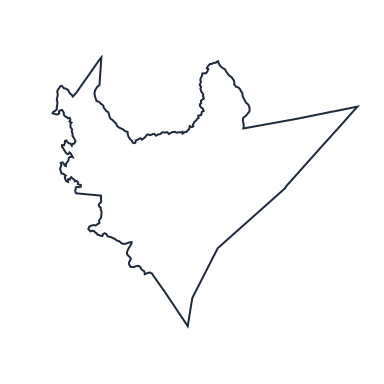 Fortaleza dos Nogueiras, Maranhão, Brazil, rotated 279°
{"feature_id": "56859067B30918863230331", "entity_name": "Fortaleza dos Nogueiras", "entity_type": "district", "adm_level": 2, "iso_a3": "BRA", "parent_name": "Brazil", "parent_adm1": "Maranhão", "projection": "albers", "projection_center": [-46.038, -6.962], "detail": "fine", "context": "isolated", "style": "outline", "palette": "slate", "viewbox_px": 384, "rotation_deg": 279, "n_neighbors": 0, "source": "geoboundaries", "source_scale": "gbopen_adm2", "svg_char_len": 4547}
<svg xmlns="http://www.w3.org/2000/svg" viewBox="0 0 384 384"><g transform="rotate(279 192 192)"><path d="M302.2,342.0L294.2,320.6L292.9,316.7L291.7,313.6L280.5,283.6L262.8,232.8L265.0,232.8L266.4,232.5L270.4,231.1L273.3,230.9L275.0,232.7L276.2,233.7L277.6,234.4L280.4,236.1L281.9,236.1L284.8,235.4L286.9,234.1L288.0,232.7L288.7,231.3L291.7,229.1L294.4,227.1L296.7,226.5L298.0,226.1L299.1,224.5L300.9,223.6L301.9,222.3L302.7,220.9L302.8,219.3L303.7,218.0L304.9,216.9L306.9,216.7L308.7,216.0L310.4,214.1L311.5,213.3L313.2,210.0L315.5,207.7L316.7,206.6L318.3,205.4L319.4,202.5L320.6,200.6L321.9,199.3L323.2,198.3L325.2,197.3L324.4,196.1L323.4,195.3L322.8,193.0L321.7,191.7L321.3,189.8L319.8,188.7L318.3,187.8L316.5,187.3L315.9,188.9L314.4,188.5L312.8,188.0L311.5,187.2L310.7,183.7L308.7,183.7L307.4,183.5L305.6,182.7L303.6,182.8L302.5,183.6L300.7,183.3L298.9,182.9L297.2,184.6L295.7,184.1L293.9,184.8L292.3,185.7L291.4,186.8L289.8,188.0L288.6,187.6L286.2,189.1L283.5,186.5L281.3,187.2L279.8,186.0L278.1,186.5L277.2,187.5L276.1,189.5L273.9,190.9L272.7,189.2L269.6,189.0L268.8,187.5L268.4,186.2L266.1,186.9L265.3,185.8L263.2,184.9L261.7,183.5L260.2,182.9L258.6,182.3L257.1,183.0L256.1,181.7L256.7,179.5L253.4,179.2L252.1,178.0L250.5,177.2L250.3,175.9L248.3,173.6L250.0,173.1L249.1,171.5L248.8,169.1L248.2,167.2L248.8,165.6L248.3,163.8L247.2,161.9L245.6,160.3L246.5,159.2L247.2,158.0L246.5,156.3L246.5,154.1L245.7,152.6L244.5,152.0L243.4,149.4L242.0,147.5L243.4,145.8L243.2,144.4L242.2,142.9L241.6,141.7L241.9,140.3L241.8,138.7L240.5,138.0L238.2,136.7L237.0,135.5L235.9,134.4L237.1,132.9L236.2,131.4L235.1,130.0L234.1,128.4L231.7,128.3L231.1,126.8L231.7,125.5L233.2,124.6L233.9,123.4L235.9,121.2L237.3,120.3L239.6,119.3L241.3,119.0L241.7,116.4L242.9,114.4L243.6,112.1L244.3,109.8L245.2,108.1L246.4,107.1L247.6,106.5L249.2,104.1L251.0,101.7L251.6,100.1L253.1,99.0L257.7,96.9L258.5,94.8L261.4,91.7L263.3,90.9L264.3,89.6L264.8,88.2L265.8,87.1L266.6,85.5L267.0,83.5L271.0,81.3L272.4,80.8L274.2,80.2L276.9,80.3L279.0,81.1L281.1,82.0L283.1,83.9L310.8,81.4L308.8,80.2L293.2,72.6L272.1,62.3L267.6,59.3L269.4,57.7L270.3,56.0L271.6,54.9L273.5,53.5L274.3,51.1L274.6,48.9L275.6,47.9L276.5,46.8L276.0,45.6L274.5,44.8L273.1,44.2L271.9,43.5L270.1,43.2L268.7,43.7L267.2,44.2L265.5,44.2L263.8,44.0L262.1,44.0L260.6,44.6L259.1,45.2L257.4,45.2L256.0,45.3L254.2,45.1L252.5,45.6L251.0,44.4L249.6,42.6L247.9,42.0L247.7,43.7L247.4,45.2L247.5,46.8L248.8,48.6L250.9,48.0L251.9,48.9L252.7,50.9L251.3,52.1L250.3,52.9L248.1,53.4L246.9,54.8L246.3,56.5L245.4,58.0L246.1,59.6L244.3,60.6L242.5,60.0L241.7,62.2L240.2,61.2L238.6,61.6L237.1,61.8L235.8,63.1L234.6,63.9L233.2,63.7L230.6,65.0L228.8,65.2L227.6,66.2L225.9,67.7L223.9,69.0L221.4,68.1L220.9,66.6L218.9,66.1L220.8,64.5L220.9,62.7L221.9,61.1L223.3,59.8L222.5,58.5L220.4,58.8L218.1,58.3L218.0,56.3L216.1,56.5L215.2,57.9L213.6,59.0L212.2,60.3L210.6,61.7L209.9,63.2L210.6,64.3L211.9,64.7L211.1,66.2L209.2,67.6L207.7,68.7L207.9,67.3L207.4,66.0L206.3,65.0L203.7,65.0L201.9,64.0L199.9,63.1L197.9,63.4L198.2,62.1L199.7,61.1L201.0,59.4L200.2,57.8L197.9,58.8L196.1,58.3L194.1,58.1L192.3,59.1L189.8,60.2L189.9,61.8L188.5,64.7L186.9,64.0L184.7,64.9L183.0,66.2L182.6,68.0L185.3,67.7L185.2,69.4L186.6,69.6L187.8,70.3L186.9,71.5L186.2,72.7L185.4,74.2L184.2,74.7L184.8,76.5L183.7,78.0L182.1,78.0L181.6,79.3L181.6,81.0L180.0,81.4L179.0,79.5L179.0,77.7L178.4,76.5L176.8,76.7L175.3,76.4L173.8,76.8L172.6,77.8L173.6,93.6L173.7,94.9L174.2,102.7L172.7,103.0L170.9,103.2L169.0,103.7L167.4,103.5L166.0,102.3L164.4,101.9L162.9,102.9L162.5,104.2L160.3,104.6L158.3,105.8L156.1,106.0L154.1,106.2L152.3,106.1L151.0,105.4L149.4,104.7L148.1,105.1L146.6,105.3L145.8,104.1L144.9,103.1L143.9,102.1L143.9,100.1L143.1,97.8L141.5,95.8L139.2,95.4L138.2,96.6L137.2,98.1L138.0,99.4L138.2,101.2L136.8,102.8L136.2,104.4L135.1,105.2L135.0,106.6L134.5,108.6L134.5,110.4L136.5,110.7L137.6,112.2L137.1,114.0L135.3,115.3L134.8,117.0L134.8,119.3L133.9,121.4L133.7,123.0L133.0,124.1L132.2,125.9L131.9,128.1L130.8,129.6L130.1,131.1L130.1,132.9L130.5,134.5L131.3,136.0L132.1,137.3L132.6,138.7L133.1,140.1L131.6,140.3L125.6,137.9L123.8,137.5L122.2,137.2L120.5,137.6L118.8,139.4L118.1,140.6L116.6,142.1L114.4,141.4L112.3,140.8L110.9,141.1L108.4,143.0L108.6,145.7L110.2,148.8L110.6,150.7L109.8,152.7L107.4,154.5L106.3,157.1L104.9,157.8L103.4,158.2L104.9,160.6L105.9,162.7L105.2,165.3L103.0,167.2L88.1,181.7L85.8,183.8L58.8,208.8L79.3,208.8L87.4,208.9L140.5,226.2L210.2,283.3L211.9,283.8L258.2,313.6L281.1,328.5L302.2,342.0Z" fill="none" stroke="#1e293b" stroke-width="2"/></g></svg>